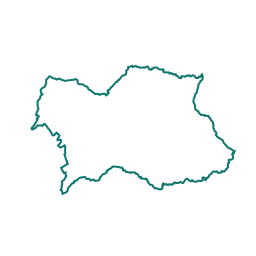 Redenção, Pará, Brazil (Mercator projection), rotated 337°
{"feature_id": "56859067B40861427462904", "entity_name": "Redenção", "entity_type": "district", "adm_level": 2, "iso_a3": "BRA", "parent_name": "Brazil", "parent_adm1": "Pará", "projection": "mercator", "projection_center": [-50.206, -8.057], "detail": "fine", "context": "isolated", "style": "outline", "palette": "teal", "viewbox_px": 256, "rotation_deg": 337, "n_neighbors": 0, "source": "geoboundaries", "source_scale": "gbopen_adm2", "svg_char_len": 5830}
<svg xmlns="http://www.w3.org/2000/svg" viewBox="0 0 256 256"><g transform="rotate(337 128 128)"><path d="M61.7,61.4L61.8,62.5L62.5,63.3L62.0,63.8L60.5,64.2L59.6,64.7L58.7,66.2L58.1,66.7L56.5,67.3L55.1,68.3L54.6,69.2L54.4,70.1L53.4,72.3L53.1,74.9L52.8,75.6L50.3,77.8L48.8,79.6L48.5,80.4L50.0,81.1L50.4,81.7L50.3,82.7L49.5,83.2L48.6,83.1L48.0,83.5L47.5,84.1L48.0,84.8L46.3,86.2L41.7,89.4L39.9,90.0L39.3,90.6L38.9,91.5L39.5,92.1L41.0,91.8L42.7,91.9L43.5,91.6L45.1,90.5L45.9,90.3L47.3,91.1L48.8,91.4L50.1,92.6L50.8,92.4L52.1,91.5L52.8,91.7L53.3,92.7L53.5,94.0L54.0,94.8L54.3,97.3L55.3,99.9L55.7,104.8L56.1,105.6L57.6,105.8L58.8,104.7L59.6,104.8L60.5,104.5L60.9,106.0L61.6,106.5L61.9,108.1L61.3,109.0L59.4,110.0L58.4,111.3L58.9,111.9L61.0,112.2L61.5,112.7L61.4,113.6L60.8,114.4L59.2,115.7L56.8,116.9L58.1,119.5L60.1,119.6L62.8,119.2L63.1,120.2L60.9,125.1L60.4,127.0L59.2,127.4L58.8,132.3L58.6,133.3L58.9,134.7L58.2,136.3L58.6,137.4L50.9,138.6L51.0,142.0L51.4,142.5L51.2,143.9L51.6,144.6L53.1,144.5L52.4,146.3L52.5,148.0L48.7,150.8L46.6,151.2L46.0,151.8L45.9,153.4L43.9,156.2L43.4,157.4L41.8,158.8L42.7,160.0L42.0,163.0L46.1,163.0L47.4,162.5L49.3,160.0L54.5,157.3L56.5,157.4L57.0,156.4L57.7,156.7L58.4,155.8L60.4,156.3L61.6,155.5L64.3,155.1L65.6,155.2L66.3,155.4L66.9,155.8L68.3,155.9L69.2,156.3L69.6,157.0L69.7,158.5L70.5,158.9L72.2,159.4L72.7,160.0L73.0,161.6L73.7,162.0L75.4,161.8L76.0,162.1L76.6,162.4L77.0,163.8L80.0,164.7L80.9,164.7L81.6,164.4L82.9,162.6L84.3,162.2L86.2,160.9L90.4,160.9L91.3,160.2L91.5,159.5L92.1,158.9L92.7,159.3L94.0,158.6L96.9,158.4L97.6,157.9L99.4,157.6L102.0,159.1L103.4,159.7L104.9,160.8L105.3,161.4L106.9,162.0L107.5,163.6L106.9,165.0L107.3,165.5L108.7,165.8L108.9,167.6L109.5,168.1L110.3,168.3L111.5,169.4L113.1,169.8L113.4,170.5L114.3,170.4L115.8,171.0L117.5,172.3L117.3,173.1L118.5,173.8L119.0,175.1L119.1,177.0L119.3,177.7L120.8,178.0L120.8,178.8L120.3,179.5L121.1,179.8L123.5,181.5L125.0,181.7L125.3,182.3L125.4,183.2L125.0,183.8L125.8,185.9L125.4,186.5L125.9,188.4L126.4,189.0L127.0,189.2L128.1,190.2L128.4,190.9L128.1,191.6L128.6,192.6L129.2,193.4L129.2,194.1L130.8,194.8L133.3,197.1L134.0,197.1L135.3,197.5L135.9,197.0L136.1,196.1L137.5,195.0L137.1,194.4L137.6,193.7L138.1,193.1L138.8,192.8L139.4,194.1L140.1,194.4L140.8,194.3L141.4,194.8L141.8,195.6L142.5,196.2L143.1,195.8L144.6,196.1L145.3,196.6L145.6,197.3L146.3,197.4L147.6,196.7L148.9,197.2L149.2,196.5L149.9,196.4L151.4,197.7L152.7,198.1L153.3,198.4L155.0,198.1L155.6,198.5L156.1,199.1L156.4,199.9L157.0,200.1L157.8,199.9L160.4,198.1L161.9,197.6L162.8,198.0L163.3,198.6L163.4,199.5L164.8,201.5L165.4,201.4L166.2,201.8L166.7,201.2L167.8,203.1L169.2,204.0L170.0,204.0L170.6,204.3L172.3,204.0L174.2,205.3L175.7,205.2L176.3,205.4L177.0,203.1L177.7,202.8L178.6,203.4L179.1,204.2L178.8,205.7L179.2,206.3L180.9,204.8L181.6,205.1L182.3,204.5L183.1,204.6L184.2,203.3L185.9,202.7L186.8,202.8L188.1,201.8L189.5,201.3L191.0,202.1L191.5,202.6L193.0,202.7L193.2,203.4L193.1,204.1L194.4,205.0L195.9,205.3L197.1,205.2L197.2,204.4L197.9,204.5L198.1,205.2L199.6,205.6L200.3,205.5L202.5,204.1L203.3,204.1L204.0,203.5L204.8,203.3L205.1,202.5L205.0,201.8L205.8,200.4L206.2,199.8L207.0,199.7L207.6,199.3L208.0,196.9L209.5,197.0L211.0,197.6L212.3,197.2L213.1,196.6L213.7,194.6L213.4,193.6L213.8,192.8L214.5,192.1L215.0,192.8L215.8,192.6L215.9,191.8L217.1,191.0L216.1,190.4L215.5,188.9L214.1,187.1L213.9,186.4L213.3,186.2L212.8,185.7L211.4,182.7L211.4,181.9L211.0,181.2L210.4,179.4L210.3,177.7L210.6,177.0L210.3,176.1L209.5,174.9L208.9,174.5L208.5,173.8L208.3,173.0L206.7,171.2L206.6,169.8L206.2,169.2L206.2,168.5L206.9,168.1L207.6,166.9L207.1,165.5L206.6,164.9L206.5,164.2L206.8,162.7L206.5,162.0L206.5,161.3L206.7,160.6L207.7,159.4L207.9,158.6L207.7,158.0L208.1,157.3L208.3,156.3L207.8,153.9L207.3,152.4L207.6,151.7L207.5,151.0L207.0,150.6L206.6,148.2L205.1,147.7L204.8,147.1L204.2,146.5L203.3,146.8L202.7,145.4L202.1,145.1L201.3,145.2L200.5,144.7L199.2,141.9L199.1,141.1L199.3,140.3L199.0,139.5L197.9,138.5L197.3,137.1L197.6,135.5L198.1,134.8L198.6,131.8L198.4,129.8L199.3,127.7L203.6,122.9L205.1,122.3L205.6,121.8L206.6,119.8L207.4,119.3L208.3,117.9L208.8,117.6L209.7,115.6L211.1,114.6L212.0,114.3L212.9,113.2L214.7,112.8L215.9,112.0L217.1,109.2L217.1,107.6L216.2,108.0L214.7,109.2L213.9,109.0L213.3,108.5L212.5,108.8L212.0,109.4L210.1,108.5L209.8,107.6L209.9,106.8L209.0,105.4L208.1,104.8L205.8,105.0L205.4,103.9L204.7,103.3L204.1,103.7L202.7,102.8L200.5,103.1L198.9,101.9L197.7,101.4L196.7,101.8L196.4,102.8L195.5,102.5L194.6,101.7L193.6,98.9L192.9,98.6L192.5,98.1L192.9,97.2L191.5,96.4L190.6,96.5L190.2,96.0L190.0,95.1L189.0,94.7L188.7,94.0L187.5,94.1L187.4,93.1L186.9,92.5L185.8,92.2L182.8,90.7L182.6,90.0L182.7,89.1L183.5,88.7L183.4,88.0L179.6,86.2L178.2,83.6L176.2,82.7L174.9,82.6L173.6,83.2L172.9,82.6L172.2,83.4L171.4,83.2L170.3,81.6L170.4,80.1L170.3,79.2L169.4,78.8L167.6,79.1L166.7,78.8L166.0,78.3L165.0,78.2L163.3,77.3L162.3,77.0L161.2,75.7L160.0,75.2L159.5,73.9L156.2,73.7L156.2,72.5L153.2,72.3L152.0,71.9L151.4,73.4L149.8,74.3L148.9,74.5L148.0,76.5L146.8,77.9L143.0,77.8L138.6,80.2L136.9,80.2L136.6,81.1L135.3,81.0L134.3,81.3L133.2,82.0L131.4,82.7L130.6,83.4L128.2,84.0L126.2,85.4L125.2,85.2L123.8,85.7L123.5,86.8L124.2,87.4L123.5,88.5L122.7,88.4L122.3,89.1L120.4,89.3L120.3,87.6L118.0,86.6L114.6,86.3L114.1,85.1L112.0,84.2L111.1,84.0L109.6,80.9L109.0,80.5L108.2,78.3L106.8,77.3L106.7,76.0L106.8,75.0L106.6,74.2L106.1,73.6L105.1,73.1L104.4,71.6L103.3,70.1L99.6,68.3L99.4,66.7L100.1,64.5L99.9,63.6L98.6,62.3L97.5,62.6L93.1,61.2L91.0,60.6L89.1,60.4L87.4,59.0L85.9,58.1L85.3,56.8L84.6,56.5L84.1,55.7L83.1,55.5L81.7,55.7L81.1,55.4L80.2,53.9L79.0,53.5L77.8,52.1L76.6,50.2L75.8,49.7L73.2,51.1L71.5,51.7L70.1,55.0L69.1,55.8L68.6,56.6L67.1,57.6L64.3,57.8L62.3,59.1L62.0,59.7L62.1,60.4L61.7,61.4Z" fill="none" stroke="#0f766e" stroke-width="2"/></g></svg>